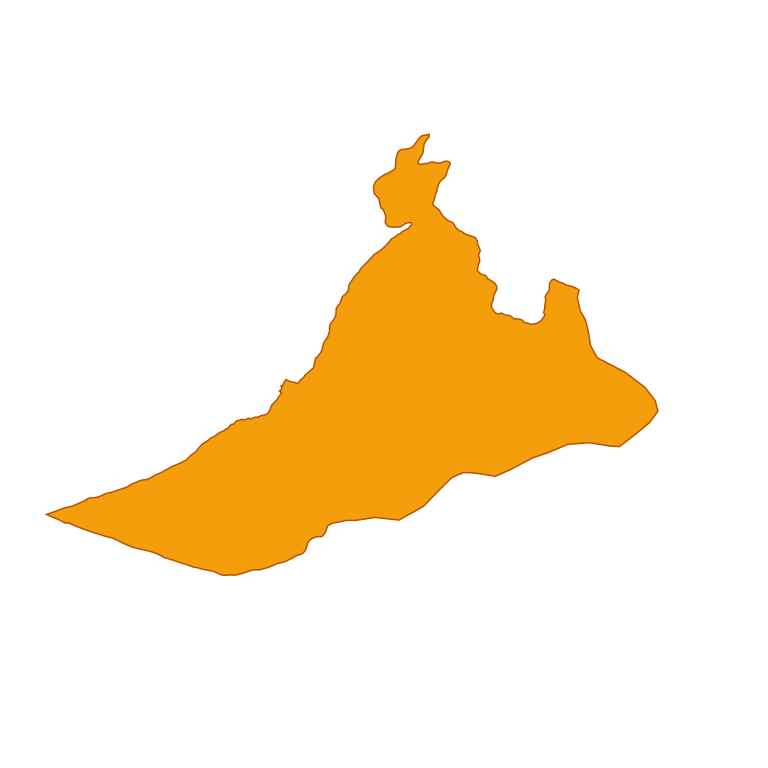 Kigoma Urban, Kigoma, United Republic of Tanzania, rotated 112°
{"feature_id": "72390352B17759889395693", "entity_name": "Kigoma Urban", "entity_type": "district", "adm_level": 2, "iso_a3": "TZA", "parent_name": "United Republic of Tanzania", "parent_adm1": "Kigoma", "projection": "mercator", "projection_center": [29.65, -4.894], "detail": "fine", "context": "isolated", "style": "filled", "palette": "amber", "viewbox_px": 768, "rotation_deg": 112, "n_neighbors": 0, "source": "geoboundaries", "source_scale": "gbopen_adm2", "svg_char_len": 5355}
<svg xmlns="http://www.w3.org/2000/svg" viewBox="0 0 768 768"><g transform="rotate(112 384 384)"><path d="M223.9,238.4L223.1,242.6L223.2,248.0L224.0,251.4L223.4,255.3L223.8,259.7L223.1,265.8L224.1,266.6L224.9,267.5L226.6,267.7L228.2,268.2L231.6,267.2L235.3,265.9L239.9,267.0L242.4,267.3L244.3,266.3L246.9,265.1L249.6,264.7L252.3,263.7L254.4,263.3L256.2,262.9L257.9,262.8L260.1,260.5L262.2,261.1L265.4,261.6L268.7,263.5L271.6,266.1L272.0,267.7L273.6,269.7L273.6,271.3L273.8,273.4L274.2,277.1L272.9,280.1L273.0,282.2L273.7,284.5L274.8,288.4L273.7,291.3L273.6,294.2L274.4,296.1L274.6,298.5L274.2,301.7L275.8,303.8L276.5,305.7L276.3,307.6L275.2,309.5L273.1,312.4L272.0,313.3L269.7,314.2L266.9,314.3L264.6,314.2L262.2,315.2L259.6,315.4L257.3,315.1L255.2,315.0L253.1,315.0L251.4,315.9L249.4,318.3L248.6,320.6L247.7,325.1L247.5,327.3L245.5,330.1L245.4,331.7L245.7,333.6L245.6,336.0L244.9,337.6L244.0,339.6L242.2,340.4L237.6,341.3L234.7,341.1L232.1,342.4L228.8,344.7L224.2,344.7L220.2,348.6L218.6,349.9L216.4,351.0L214.2,353.9L214.0,357.8L214.4,360.3L214.5,365.0L213.5,369.2L213.5,372.5L211.8,376.4L209.8,378.6L208.6,380.8L208.6,385.2L207.8,388.1L206.5,391.8L204.8,394.3L201.8,398.3L201.1,400.6L201.0,401.6L200.6,402.8L200.3,404.4L199.4,405.6L198.2,406.5L196.3,406.5L194.6,406.4L193.1,406.6L190.7,407.2L189.4,407.3L188.2,407.3L186.7,407.3L185.6,407.1L184.7,407.5L182.8,408.1L181.1,407.8L178.3,408.3L177.2,408.0L175.3,407.9L174.0,407.3L172.4,406.4L170.2,405.4L168.8,404.9L166.4,404.7L164.4,405.0L162.8,405.2L161.7,405.2L160.5,405.2L159.4,405.2L157.7,405.1L155.2,405.0L154.5,405.2L154.1,405.8L153.7,406.8L153.7,408.0L153.9,409.5L154.6,410.8L156.2,412.7L157.2,413.6L157.9,414.8L158.6,415.8L159.0,417.1L159.5,418.7L159.5,420.0L159.7,420.9L159.9,421.6L160.5,423.6L162.5,425.4L164.0,427.6L164.6,429.5L166.8,432.0L166.7,435.4L165.2,435.5L162.2,435.4L160.0,435.2L157.5,434.7L155.3,434.4L152.0,435.3L147.3,436.5L144.7,436.6L141.6,435.9L138.2,434.8L137.1,434.9L135.6,435.6L136.4,437.1L137.7,438.7L138.5,440.1L139.6,441.9L142.1,443.1L144.3,443.9L146.1,444.2L147.9,444.7L149.6,445.2L151.7,445.7L153.8,446.7L155.1,447.6L156.6,449.3L158.6,452.6L159.5,454.7L161.3,456.9L163.4,457.8L166.1,457.9L169.0,457.5L170.9,457.1L174.7,456.0L178.3,454.9L179.9,454.1L182.4,455.6L187.2,459.3L188.9,461.4L195.0,465.7L199.8,467.7L204.9,467.7L208.5,465.9L211.1,464.4L214.0,458.3L217.9,455.6L221.9,452.8L222.1,450.8L224.9,447.7L228.0,445.0L233.8,443.4L235.3,441.3L236.4,439.2L235.5,435.2L233.7,431.0L232.1,427.6L228.8,425.4L226.2,423.3L224.5,420.0L224.4,418.8L226.0,417.9L227.6,419.0L230.2,419.4L232.4,421.2L234.8,423.1L236.7,424.8L238.3,425.0L239.8,427.0L242.0,428.0L244.4,429.6L246.9,431.6L249.6,432.1L252.4,433.3L256.1,434.6L260.2,436.6L262.4,438.0L267.8,441.7L271.6,443.2L277.0,445.1L279.9,446.3L285.4,448.7L289.7,449.2L291.8,450.4L295.5,451.6L301.1,452.9L305.7,453.5L311.1,452.1L314.8,453.3L318.2,455.2L321.8,455.2L326.5,455.0L328.7,456.1L332.4,456.5L334.0,455.8L336.6,455.0L338.8,454.4L342.5,454.7L345.6,455.4L349.0,456.3L352.2,455.7L354.6,454.6L358.7,453.9L363.3,454.0L365.5,454.9L369.5,455.3L372.0,454.9L374.8,454.4L377.3,454.4L379.8,454.7L381.3,455.4L383.3,455.7L385.5,457.0L387.0,456.9L390.3,456.3L395.4,455.5L397.9,456.7L400.4,458.0L405.1,460.5L408.0,461.0L409.7,461.9L411.8,463.0L416.1,464.4L416.0,467.2L416.7,471.1L416.9,473.3L416.7,476.7L418.8,477.0L420.6,477.3L422.2,477.4L423.5,477.1L424.1,478.8L425.9,477.4L427.4,477.3L429.6,478.4L430.2,476.8L430.0,475.9L433.0,476.0L435.8,476.9L438.0,477.1L441.1,478.4L445.9,480.3L449.6,480.1L454.3,480.4L456.8,482.3L459.6,486.4L462.3,488.9L462.7,490.5L463.8,491.8L465.9,493.8L466.3,495.4L466.6,496.9L468.7,498.8L470.0,500.7L469.7,502.1L470.5,503.1L472.1,504.8L472.6,506.4L473.9,507.1L475.4,507.6L477.5,508.4L478.6,510.4L481.5,511.6L483.7,512.1L484.7,513.6L486.8,514.5L490.5,518.2L492.4,519.4L495.4,521.2L500.0,525.2L501.3,525.3L504.9,528.0L508.4,530.3L514.2,532.3L517.6,533.3L522.5,536.4L526.0,537.7L528.4,538.9L534.3,543.9L540.0,549.7L542.4,551.6L550.2,558.0L553.9,561.7L558.2,565.1L561.3,568.1L564.3,573.3L571.0,580.2L576.0,583.9L586.4,595.9L589.7,600.8L595.5,606.3L598.5,610.9L599.7,613.9L601.7,616.1L603.6,617.1L614.1,627.4L618.1,633.2L631.4,648.1L631.6,642.3L631.6,635.4L632.4,627.6L630.9,623.8L631.3,615.8L631.0,605.7L630.5,596.6L629.6,585.9L628.5,577.2L629.5,563.8L629.5,555.8L628.8,550.7L627.0,539.6L626.5,533.9L626.5,528.8L627.3,522.6L626.7,517.7L626.4,512.7L625.9,504.5L625.3,498.7L625.2,491.9L624.3,488.7L623.9,484.4L623.4,481.1L622.4,476.1L621.5,471.6L621.7,469.4L622.0,464.1L621.6,461.4L619.8,457.5L618.9,455.5L616.9,450.2L612.9,444.7L608.9,440.0L605.3,435.6L602.8,429.7L598.0,423.2L594.0,419.0L590.4,415.6L588.1,412.1L585.6,409.1L579.1,403.2L575.4,400.5L573.3,397.6L571.6,396.0L568.5,394.7L564.7,394.6L559.8,395.1L556.8,394.4L553.4,392.4L552.3,390.5L551.2,390.0L550.2,388.0L549.1,385.0L547.6,383.8L543.0,382.7L536.8,383.2L535.8,382.5L535.1,382.0L534.0,381.0L532.7,380.1L524.4,367.4L521.2,359.4L511.1,342.3L504.5,319.1L482.5,301.5L460.6,292.7L445.2,286.0L436.4,277.2L433.4,269.3L433.4,269.2L433.1,268.4L430.7,258.8L427.9,246.3L416.5,235.1L397.0,218.7L386.5,206.5L371.2,191.1L361.5,171.6L357.0,151.7L353.9,142.3L336.5,132.1L319.8,123.1L306.6,119.9L297.9,126.2L289.5,140.5L282.9,164.2L279.8,196.0L271.1,206.8L258.9,214.2L248.8,221.5L242.9,229.2L231.4,237.2L223.9,238.4Z" fill="#f59e0b" stroke="#b45309" stroke-width="1.5"/></g></svg>